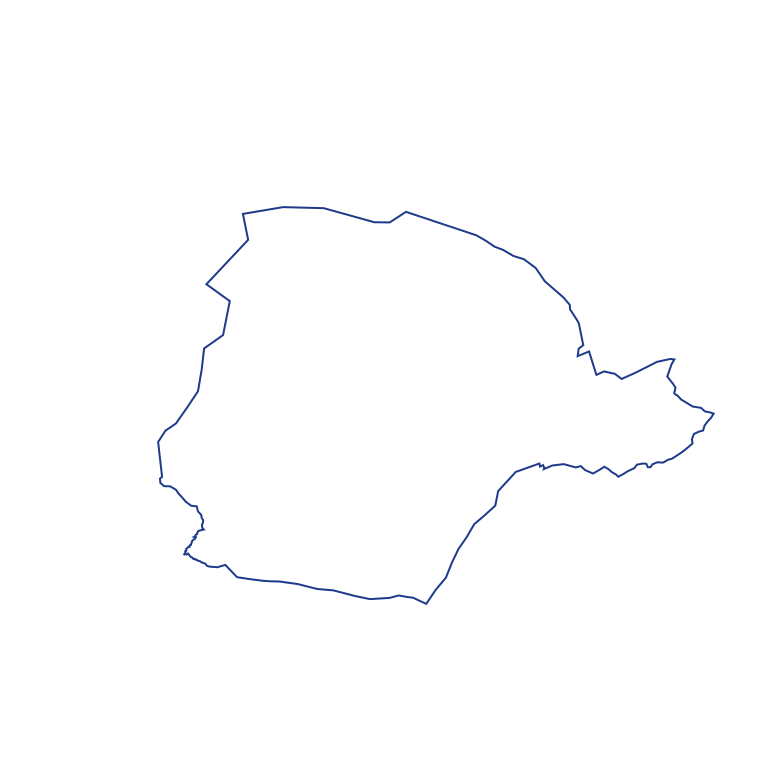 outline of Moro, Kwara, Nigeria, rotated 57°
{"feature_id": "59680162B98306169506823", "entity_name": "Moro", "entity_type": "district", "adm_level": 2, "iso_a3": "NGA", "parent_name": "Nigeria", "parent_adm1": "Kwara", "projection": "equal_earth", "projection_center": [4.676, 8.847], "detail": "fine", "context": "isolated", "style": "outline", "palette": "blue", "viewbox_px": 768, "rotation_deg": 57, "n_neighbors": 0, "source": "geoboundaries", "source_scale": "gbopen_adm2", "svg_char_len": 2733}
<svg xmlns="http://www.w3.org/2000/svg" viewBox="0 0 768 768"><g transform="rotate(57 384 384)"><path d="M251.6,271.8L251.6,291.2L243.0,304.1L225.5,319.5L203.7,338.8L180.7,372.3L164.5,409.7L189.1,419.4L203.6,478.6L230.5,468.2L255.3,492.3L256.2,515.5L272.7,529.1L288.8,544.0L296.2,561.2L303.8,580.0L304.1,592.8L309.6,605.0L337.2,618.8L339.3,619.8L341.0,620.7L341.3,623.4L345.1,625.4L349.9,624.1L353.4,619.0L356.9,617.3L359.7,616.0L363.5,616.0L368.6,615.2L375.0,614.3L381.1,612.0L384.6,607.7L389.6,609.4L394.3,608.6L397.0,609.8L397.8,609.8L398.8,609.8L399.8,609.8L402.3,612.2L403.1,613.6L404.7,614.2L405.8,614.8L407.9,614.4L406.8,617.6L406.1,619.7L407.0,621.4L408.1,622.5L407.9,624.1L408.7,624.9L408.7,626.6L410.0,625.3L410.8,626.5L410.8,628.4L411.2,630.4L412.6,632.2L413.8,633.5L413.4,634.0L413.8,635.3L414.7,635.9L414.0,636.7L414.4,638.5L414.8,640.1L415.8,640.2L416.4,641.1L416.1,641.9L417.2,642.4L417.9,644.3L418.3,644.2L418.6,643.1L419.5,642.4L419.4,640.7L421.2,640.5L422.6,640.4L424.2,640.0L425.0,639.5L425.6,639.1L426.2,639.3L427.1,639.0L427.4,638.3L428.1,637.8L428.9,637.6L429.2,636.8L430.2,636.7L431.1,636.1L431.9,635.1L433.7,634.4L435.3,633.4L437.3,631.7L440.1,631.5L442.1,629.8L446.9,623.6L449.3,615.6L465.9,612.5L467.2,611.1L473.5,604.0L483.2,592.6L487.5,586.9L492.5,579.5L504.8,565.3L509.9,560.6L519.6,551.6L520.9,549.9L529.3,539.1L546.6,523.2L556.7,513.0L559.6,507.9L562.2,503.3L566.4,495.9L569.4,486.8L575.3,480.5L579.1,476.0L584.6,472.6L591.4,468.3L584.8,452.8L580.1,437.5L570.8,424.3L564.4,413.8L563.1,411.8L559.3,402.5L557.4,397.9L550.7,384.7L549.9,378.4L549.1,372.1L546.6,356.9L536.0,346.6L529.5,321.4L535.3,297.0L538.3,298.1L538.6,294.8L541.2,295.1L542.4,296.4L544.0,287.3L549.1,276.9L558.4,268.6L560.0,263.7L565.6,262.3L572.9,257.5L573.4,249.8L573.4,244.3L577.5,242.2L582.2,240.8L586.3,238.7L589.4,238.0L589.9,231.1L589.9,227.6L590.9,219.9L589.4,215.8L591.7,210.2L593.8,207.4L597.4,208.1L598.9,205.9L597.6,202.5L598.5,197.4L601.9,192.8L602.3,186.6L603.5,183.2L603.5,178.6L603.5,172.4L603.1,166.7L601.9,157.6L598.1,155.9L594.7,151.3L595.5,145.7L596.8,141.7L593.4,137.7L591.7,133.1L590.4,128.0L588.4,123.7L585.7,125.8L581.7,129.8L576.7,131.1L571.0,137.4L558.7,143.3L553.2,144.2L552.6,144.8L551.4,145.3L550.5,145.5L549.5,145.4L548.9,145.1L548.7,144.4L548.3,143.9L546.8,142.6L545.8,141.5L544.7,141.5L541.7,141.5L532.0,142.4L524.0,132.0L521.6,127.1L519.0,130.1L514.1,143.0L511.6,166.3L509.2,182.0L501.3,184.8L493.3,192.6L492.0,200.9L468.4,194.3L466.1,206.4L460.4,201.5L459.9,195.7L439.3,187.6L435.2,187.3L422.8,187.3L421.3,186.5L418.8,185.1L409.1,186.4L385.4,193.2L369.4,193.6L355.7,198.6L347.0,205.8L336.4,211.1L329.0,216.5L319.3,220.6L309.7,225.5L251.6,271.8Z" fill="none" stroke="#1e3a8a" stroke-width="2"/></g></svg>